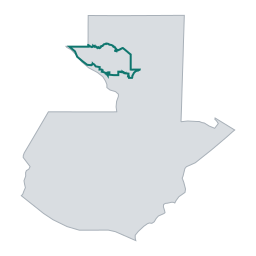 La Libertad, Petén, Guatemala (highlighted)
{"feature_id": "79465075B31281143780542", "entity_name": "La Libertad", "entity_type": "district", "adm_level": 2, "iso_a3": "GTM", "parent_name": "Guatemala", "parent_adm1": "Petén", "projection": "orthographic", "projection_center": [-90.603, 16.998], "detail": "fine", "context": "in_parent", "style": "outline", "palette": "teal", "viewbox_px": 256, "rotation_deg": 0, "n_neighbors": 0, "source": "geoboundaries", "source_scale": "gbopen_adm2", "svg_char_len": 4989}
<svg xmlns="http://www.w3.org/2000/svg" viewBox="0 0 256 256"><path d="M21.3,195.7L22.7,194.3L23.9,191.1L25.4,187.7L24.5,183.8L24.0,180.7L25.7,176.1L25.6,172.7L26.4,170.6L28.8,169.2L30.1,166.6L23.2,157.5L23.3,155.5L24.2,153.0L29.9,143.4L36.6,132.0L44.0,119.4L48.4,111.8L64.4,111.8L75.1,111.9L88.6,111.9L103.2,111.9L112.8,111.9L116.8,111.8L116.1,106.9L116.6,101.4L118.4,96.4L118.4,94.2L115.5,91.6L110.0,90.0L106.9,87.6L106.9,84.6L105.5,81.0L102.8,76.7L97.3,72.4L88.8,67.9L81.7,61.9L75.8,54.4L70.8,49.5L66.9,47.5L66.0,46.4L77.3,46.5L88.0,46.7L88.1,35.9L88.1,26.3L88.2,15.5L107.5,15.6L130.6,15.6L154.5,15.5L173.2,15.4L184.3,15.4L183.9,28.8L183.4,44.3L183.1,55.7L182.6,70.9L182.1,86.5L181.5,107.7L181.0,121.4L181.3,121.7L187.6,121.0L197.0,121.5L199.2,121.5L202.1,122.6L204.3,123.0L209.1,126.0L214.7,128.3L218.3,123.5L216.4,120.7L214.9,119.3L215.1,118.0L234.7,130.0L232.4,131.9L227.5,136.3L218.6,143.9L210.6,150.6L202.9,156.7L196.0,162.2L195.2,162.8L186.4,166.7L184.9,168.5L183.0,176.2L182.2,178.1L183.8,182.4L185.5,189.0L185.0,192.4L178.9,196.7L176.1,200.5L174.8,203.0L173.7,202.4L171.8,202.2L167.4,203.2L165.3,203.4L163.6,204.5L163.4,206.9L164.6,210.7L165.0,212.7L163.8,213.6L158.4,216.0L156.3,218.3L154.2,221.8L151.9,223.3L149.4,223.0L147.6,223.6L143.9,226.2L138.3,231.4L135.2,235.2L135.2,238.1L135.8,240.6L115.2,231.6L108.3,230.1L79.4,230.2L67.1,226.6L53.0,219.7L43.5,213.4L21.3,195.7Z" fill="#d9dde1" stroke="#a8b0b8" stroke-width="1"/><path d="M130.7,54.5L130.5,54.4L129.6,53.6L128.9,53.1L128.7,52.9L128.3,52.6L127.9,52.2L127.6,51.9L126.2,50.8L125.7,50.3L125.3,50.0L125.0,49.8L124.6,49.4L123.8,48.8L122.8,48.0L122.7,48.0L122.2,48.3L121.9,48.3L121.6,48.4L121.3,48.7L121.2,48.8L120.9,48.9L120.7,49.0L120.4,49.0L120.2,49.2L120.0,49.4L119.8,49.6L119.7,49.6L119.4,49.7L119.1,49.8L118.7,50.0L118.2,50.1L117.6,49.9L117.2,49.9L117.2,50.0L116.9,50.1L117.0,50.3L116.9,50.3L116.7,50.3L116.6,50.8L116.5,51.1L116.5,51.3L116.4,51.3L116.3,51.2L116.2,51.0L116.0,50.9L115.7,51.0L115.4,51.0L115.2,51.0L115.1,50.7L115.2,50.4L115.3,50.4L115.6,50.3L115.8,50.4L116.0,50.4L116.2,50.1L116.3,50.0L116.2,49.9L116.0,49.7L116.1,49.2L116.1,48.9L116.0,48.7L115.7,48.4L115.5,48.2L115.3,47.9L115.1,47.8L114.8,47.5L114.8,47.3L114.7,47.3L114.6,47.2L114.3,47.2L114.1,47.1L114.1,46.9L113.8,46.7L113.5,46.6L113.4,46.5L113.4,46.3L113.2,46.3L113.2,46.2L112.9,46.0L112.8,45.7L112.6,45.5L112.2,45.4L111.7,45.2L111.4,45.0L110.9,44.9L110.5,44.9L110.2,44.8L109.9,44.8L109.5,44.7L109.4,44.5L109.2,44.5L109.0,44.4L108.9,44.4L108.7,44.2L108.4,43.9L107.9,43.8L107.5,43.7L107.4,43.7L107.1,43.7L106.9,43.6L106.7,43.8L106.6,43.7L106.0,43.6L105.9,43.7L105.7,43.8L105.4,43.9L105.1,44.1L104.8,44.1L104.4,44.2L104.1,44.2L104.0,44.3L103.9,44.4L103.8,44.6L103.4,44.8L103.1,45.1L102.9,45.6L102.7,45.8L102.5,46.0L102.2,46.0L101.9,46.1L101.7,46.0L100.9,46.3L100.7,46.4L100.5,46.5L100.6,47.0L100.6,47.4L100.5,47.5L100.3,47.4L100.2,47.5L100.3,47.5L100.1,47.7L100.0,47.9L99.9,47.9L99.7,48.0L99.6,47.9L99.4,47.9L99.3,48.0L99.2,48.1L98.9,48.0L98.7,47.9L98.4,47.8L98.2,47.7L98.1,47.3L97.9,47.4L97.5,47.7L97.4,47.8L97.3,47.6L97.2,47.3L96.9,47.3L96.9,47.2L96.5,46.8L96.3,46.7L96.1,46.6L95.9,46.6L95.7,46.8L95.3,46.8L95.1,46.8L94.9,46.8L94.9,46.7L95.0,46.6L94.8,46.4L94.7,46.3L94.7,46.0L94.7,45.9L94.4,46.0L94.3,45.8L94.2,45.8L94.1,46.0L93.9,46.0L93.7,46.1L93.4,46.2L93.2,46.0L93.2,46.3L92.9,46.4L93.0,46.6L92.8,46.7L92.4,46.7L92.2,47.0L91.9,47.1L91.6,46.9L91.3,46.9L91.2,46.8L91.0,46.7L90.7,46.6L90.3,46.3L90.1,46.3L89.8,46.1L89.6,46.1L89.4,46.0L89.3,45.9L89.2,45.8L89.1,46.2L88.9,46.1L88.7,45.8L88.6,45.7L88.6,45.3L88.3,45.2L88.3,46.7L78.1,46.7L69.4,46.7L74.2,50.7L75.0,51.4L77.2,56.8L82.6,61.3L87.2,64.8L91.1,65.2L91.4,65.0L91.4,64.9L91.6,64.9L91.9,64.8L91.9,64.7L92.1,64.6L92.2,64.4L92.2,64.2L92.3,64.1L92.4,63.9L92.5,63.9L92.5,64.0L92.6,63.9L92.8,63.8L92.8,63.7L92.9,63.8L93.0,63.9L93.5,64.0L94.2,64.5L94.7,65.0L95.1,65.6L95.7,66.4L99.7,67.1L99.5,69.5L101.7,69.5L102.2,70.1L102.6,70.3L101.9,71.4L101.8,71.7L104.5,72.4L105.6,73.0L105.6,73.6L106.0,73.8L106.3,73.6L106.5,73.3L106.7,73.5L106.6,73.8L107.2,74.6L107.4,74.8L107.8,75.5L107.9,73.2L108.0,73.2L107.9,72.7L108.4,72.7L108.4,72.3L109.4,72.3L109.3,73.9L109.3,74.6L109.1,74.7L113.5,75.1L118.3,75.1L118.3,71.7L120.4,71.7L120.4,72.0L122.5,72.3L122.5,71.9L122.7,72.1L123.0,72.1L123.0,71.9L123.4,72.0L123.9,72.4L123.8,72.7L124.1,72.8L124.2,73.1L125.1,73.1L125.3,73.2L125.5,73.1L125.5,73.4L127.6,73.5L128.5,73.6L128.5,74.4L128.3,74.4L128.2,75.3L128.0,76.4L128.9,76.4L129.0,77.9L132.0,77.9L132.2,77.4L132.3,77.1L132.4,75.8L132.4,75.7L132.5,75.5L132.6,75.3L133.0,74.8L133.2,74.3L133.8,73.1L133.9,72.9L134.1,72.7L134.6,72.2L135.4,71.5L135.8,71.2L136.2,70.9L136.3,70.9L136.5,70.9L136.7,70.7L137.0,70.7L137.8,70.7L138.1,70.6L138.4,70.3L138.5,70.1L138.8,70.0L139.0,69.9L139.5,69.9L139.6,69.6L139.0,69.6L138.5,69.6L137.9,69.6L134.6,69.6L133.3,69.6L132.2,69.7L131.8,69.6L131.1,69.7L130.7,69.6L130.7,60.6L130.7,58.0L130.7,57.8L130.7,57.7L130.7,57.1L130.7,54.5Z" fill="none" stroke="#0f766e" stroke-width="2"/></svg>